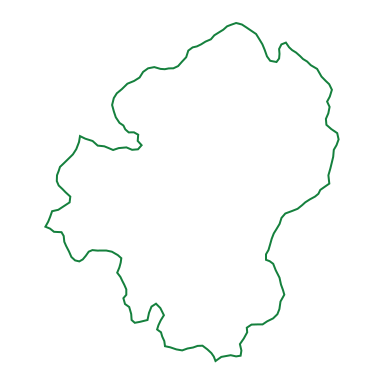 Virgínia, Minas Gerais, Brazil
{"feature_id": "56859067B30740521650028", "entity_name": "Virgínia", "entity_type": "district", "adm_level": 2, "iso_a3": "BRA", "parent_name": "Brazil", "parent_adm1": "Minas Gerais", "projection": "orthographic", "projection_center": [-45.117, -22.346], "detail": "fine", "context": "isolated", "style": "outline", "palette": "green", "viewbox_px": 384, "rotation_deg": 0, "n_neighbors": 0, "source": "geoboundaries", "source_scale": "gbopen_adm2", "svg_char_len": 2624}
<svg xmlns="http://www.w3.org/2000/svg" viewBox="0 0 384 384"><path d="M117.2,272.7L120.4,276.9L122.3,280.9L124.3,284.8L126.3,289.4L126.3,294.8L123.4,298.2L125.0,304.0L129.2,307.0L131.2,314.0L131.6,320.0L134.8,322.8L139.7,321.9L147.5,320.0L149.0,312.9L151.5,306.6L156.0,303.7L160.3,308.0L163.9,315.2L160.7,320.4L158.4,325.3L157.1,329.5L161.0,332.3L162.2,336.5L164.3,341.1L165.0,346.2L170.2,347.3L176.4,349.4L182.2,350.4L187.5,348.5L193.1,347.5L197.6,345.9L202.5,345.7L207.4,349.4L211.4,353.1L213.8,356.6L215.5,361.0L221.3,356.9L230.7,355.2L236.1,356.4L240.6,355.7L241.4,350.6L239.9,344.1L243.8,338.5L247.2,332.3L246.8,327.7L251.5,324.6L257.9,324.4L262.6,324.4L267.2,321.3L273.1,318.4L277.4,314.2L279.4,309.1L280.5,301.5L284.3,294.7L283.0,290.1L281.0,284.6L279.5,277.7L275.7,270.2L273.2,263.8L269.7,261.2L266.0,259.8L266.0,254.3L268.5,250.0L270.1,244.5L271.7,238.8L273.8,233.4L276.6,228.9L279.6,223.9L281.5,217.9L285.3,213.5L292.3,210.9L297.6,208.8L302.1,205.2L305.3,202.3L310.0,199.3L315.0,196.6L318.4,193.8L320.3,189.9L323.7,187.5L329.3,183.6L328.4,175.3L330.4,168.3L331.7,163.0L333.2,156.8L333.8,149.8L336.5,145.2L338.6,139.4L337.2,133.1L331.3,129.1L326.4,124.8L325.9,118.9L328.3,113.4L329.6,106.9L327.1,101.6L329.8,96.6L331.9,89.8L329.2,84.2L325.7,80.9L321.5,76.6L317.1,68.9L310.8,65.2L307.1,61.5L303.0,59.0L300.2,56.2L296.0,52.5L292.1,50.1L289.1,47.3L285.9,42.6L281.4,44.4L279.1,49.0L279.5,53.9L279.1,58.5L276.5,62.0L270.2,60.8L267.0,56.4L264.7,49.9L262.4,44.3L259.5,39.5L256.1,34.0L251.2,30.7L246.5,27.5L241.9,24.5L236.1,23.0L231.0,24.8L227.1,26.3L223.3,29.7L218.6,32.6L214.3,35.3L210.9,39.3L205.5,41.6L201.2,44.3L196.9,46.4L192.6,47.4L188.3,50.6L186.2,57.2L181.9,61.8L178.1,66.1L173.4,68.3L168.8,68.4L164.8,69.2L160.5,68.9L154.3,67.1L148.1,68.3L143.1,71.9L139.6,77.5L134.0,81.0L127.4,83.7L121.9,89.1L116.8,93.3L113.8,98.1L112.1,105.0L113.9,111.6L115.8,117.3L119.5,122.9L123.4,125.5L125.3,129.4L128.7,132.4L133.9,132.3L138.2,134.7L137.7,140.9L141.6,145.2L138.0,149.3L132.1,149.8L126.4,147.4L118.7,148.1L113.1,150.0L108.7,148.1L104.3,146.3L97.7,145.6L92.6,141.0L85.3,138.7L80.0,136.1L79.0,142.1L76.3,149.1L72.9,154.4L67.9,159.3L63.9,163.2L60.0,166.9L58.7,170.9L57.0,175.3L56.8,181.1L58.7,185.5L62.5,189.1L65.5,192.2L70.3,196.6L69.6,202.4L64.1,206.0L58.3,209.8L52.1,211.2L50.2,216.7L48.2,221.7L45.4,226.7L50.0,228.6L54.0,231.8L61.5,232.2L63.7,236.0L64.3,241.8L66.2,246.1L69.0,251.5L71.4,257.0L75.1,260.4L79.3,261.4L82.8,259.4L85.8,255.8L88.7,251.7L92.4,250.1L97.4,250.6L102.0,250.5L106.1,250.5L111.9,251.7L117.8,255.1L121.3,258.2L120.7,262.6L119.4,267.4L117.2,272.7Z" fill="none" stroke="#15803d" stroke-width="2"/></svg>